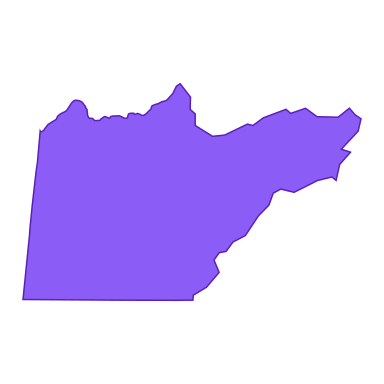 the district of Cherokee, North Carolina, United States of America
{"feature_id": "52423323B12938899253379", "entity_name": "Cherokee", "entity_type": "district", "adm_level": 2, "iso_a3": "USA", "parent_name": "United States of America", "parent_adm1": "North Carolina", "projection": "equal_earth", "projection_center": [-84.069, 35.14], "detail": "fine", "context": "isolated", "style": "filled", "palette": "violet", "viewbox_px": 384, "rotation_deg": 0, "n_neighbors": 0, "source": "geoboundaries", "source_scale": "gbopen_adm2", "svg_char_len": 1463}
<svg xmlns="http://www.w3.org/2000/svg" viewBox="0 0 384 384"><path d="M126.3,300.2L179.7,300.3L184.3,300.2L192.9,300.2L193.3,295.2L206.6,287.1L219.1,272.4L214.0,260.0L219.2,252.7L226.1,251.4L233.0,242.0L245.4,235.5L258.4,215.9L269.0,205.0L273.2,193.2L280.8,189.1L294.1,192.3L317.5,180.5L331.9,177.0L336.1,180.4L339.7,164.4L350.5,152.2L341.3,149.2L358.2,131.1L361.0,118.8L355.0,114.7L349.4,108.2L338.1,117.2L317.1,116.7L305.5,108.3L290.7,113.4L286.0,109.3L263.4,117.8L252.9,125.5L247.4,124.1L224.6,135.1L212.6,136.3L195.2,125.5L195.2,113.9L190.2,109.4L190.5,97.1L180.1,83.7L176.4,86.2L172.8,93.5L167.5,99.4L165.9,100.7L161.6,101.8L157.9,103.8L155.7,104.3L152.2,105.7L151.3,107.3L151.3,108.6L146.3,113.6L143.5,115.5L140.9,115.0L140.4,114.5L137.6,113.4L135.0,114.4L134.4,114.3L134.1,113.8L133.9,113.3L130.8,113.2L128.8,113.8L128.4,114.1L127.8,116.1L127.5,117.6L126.6,118.1L125.7,118.3L124.3,118.1L122.6,117.3L120.8,116.3L119.0,115.8L112.5,116.1L110.6,116.6L109.8,118.0L109.3,118.3L105.4,116.6L104.4,116.6L100.9,119.0L100.0,120.3L94.7,120.7L92.7,118.5L89.0,118.1L88.5,117.4L87.6,115.2L87.0,109.5L85.7,107.8L85.6,106.8L82.2,102.2L79.8,100.9L75.8,100.1L73.6,100.9L71.5,103.1L67.0,110.0L65.5,111.4L60.2,114.0L57.6,116.3L56.2,119.4L48.1,124.4L44.3,129.3L43.9,130.3L41.4,131.8L40.5,131.6L40.2,131.0L39.0,144.4L37.5,161.6L36.0,172.3L32.3,204.8L30.3,225.0L30.2,225.3L29.5,235.2L23.0,299.5L126.2,300.2L126.3,300.2Z" fill="#8b5cf6" stroke="#5b21b6" stroke-width="1.5"/></svg>